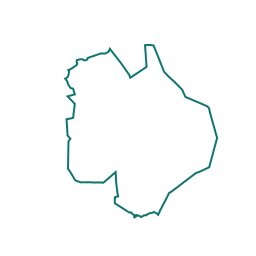 outline of Bella Vista, Chiapas, Mexico, rotated 228°
{"feature_id": "50627088B83427563919964", "entity_name": "Bella Vista", "entity_type": "district", "adm_level": 2, "iso_a3": "MEX", "parent_name": "Mexico", "parent_adm1": "Chiapas", "projection": "albers", "projection_center": [-92.25, 15.623], "detail": "fine", "context": "isolated", "style": "outline", "palette": "teal", "viewbox_px": 256, "rotation_deg": 228, "n_neighbors": 0, "source": "geoboundaries", "source_scale": "gbopen_adm2", "svg_char_len": 3110}
<svg xmlns="http://www.w3.org/2000/svg" viewBox="0 0 256 256"><g transform="rotate(228 128 128)"><path d="M136.4,56.0L135.3,55.9L133.2,55.5L131.3,55.1L129.7,54.9L129.3,54.8L128.7,54.6L126.2,54.1L124.7,53.8L123.4,54.3L122.4,54.8L120.8,55.6L119.8,56.2L119.3,56.4L119.2,56.5L118.1,57.9L115.3,60.9L115.2,60.9L115.1,61.1L114.9,61.4L113.7,62.8L111.5,65.0L109.2,67.4L107.7,69.2L106.0,70.9L105.9,70.9L105.6,71.4L105.3,71.9L103.8,73.1L103.5,89.3L94.9,82.4L87.3,77.0L86.9,76.8L86.1,76.3L83.8,74.9L85.3,71.9L84.1,70.8L81.1,67.9L80.7,67.9L74.9,69.5L66.9,71.7L64.3,72.4L63.1,73.9L62.2,73.8L61.9,73.7L61.0,73.9L59.8,74.0L59.1,74.2L58.7,74.4L58.5,74.8L58.3,75.1L57.7,73.2L57.3,72.1L57.1,73.8L57.1,74.0L56.8,75.2L57.0,76.2L56.9,76.6L55.7,77.3L55.2,77.5L54.5,77.8L53.0,78.2L52.3,81.7L52.0,82.0L51.7,82.3L51.5,82.6L51.0,82.9L50.8,83.3L50.8,83.6L51.0,84.1L50.4,86.6L50.1,87.1L49.5,88.0L49.4,88.1L49.1,88.7L48.5,90.2L48.4,90.2L48.2,91.0L46.2,92.0L44.7,92.2L43.3,92.3L43.5,92.8L43.7,93.1L44.1,94.1L44.4,94.9L44.4,95.0L45.3,96.9L45.5,96.9L45.8,98.4L45.8,98.6L46.2,99.5L46.6,100.4L47.4,102.2L47.4,102.4L47.6,103.0L48.3,105.0L48.9,106.8L49.0,106.9L49.1,107.0L50.5,110.7L51.4,113.1L51.6,113.8L51.8,113.9L52.3,115.4L51.7,116.7L51.7,117.5L51.5,119.1L51.4,120.8L51.2,122.6L51.1,124.3L51.0,124.9L50.9,126.0L50.9,126.7L50.8,127.5L50.7,129.0L50.4,132.7L50.2,134.8L50.1,136.4L49.8,139.5L49.7,140.5L49.6,142.0L49.5,143.3L49.1,148.4L49.1,148.6L48.8,149.1L48.3,150.0L47.2,153.2L46.5,155.4L45.6,158.5L44.5,162.1L45.7,163.9L48.9,168.9L51.9,173.6L54.0,176.7L56.6,180.8L59.6,185.4L61.0,187.6L64.6,189.3L67.4,190.7L69.0,191.5L70.1,192.1L70.9,192.5L73.9,193.9L75.3,194.6L80.9,197.4L81.2,197.6L82.5,198.2L83.2,198.5L84.1,199.0L85.4,199.6L86.1,200.1L86.3,200.2L86.4,200.3L87.7,201.0L88.6,201.5L90.4,201.4L91.6,201.2L92.0,201.0L94.7,199.8L96.2,199.1L98.2,198.2L99.3,197.7L100.1,197.3L100.9,196.9L102.0,196.4L103.9,195.5L106.1,194.5L106.3,194.4L107.8,193.7L109.1,193.1L110.6,192.4L111.1,192.2L112.6,191.5L116.0,192.5L120.2,193.9L131.1,193.4L138.9,192.6L145.6,192.4L161.7,198.4L165.5,199.8L169.1,201.1L172.2,202.2L174.6,200.3L178.2,196.1L161.0,182.7L163.8,163.3L166.8,164.5L180.9,166.2L199.0,167.5L197.9,165.1L197.6,164.5L197.7,164.1L197.9,163.5L198.6,160.8L200.9,158.4L201.5,157.9L201.6,157.5L201.8,157.2L202.0,156.6L202.2,156.1L202.5,155.5L202.7,155.0L203.3,153.7L203.5,153.1L203.7,152.6L203.9,152.1L204.1,151.7L204.3,151.2L204.6,150.6L204.8,150.1L205.0,149.6L205.4,148.7L205.8,147.7L206.1,147.1L206.3,146.4L206.7,145.7L207.0,144.8L206.2,143.6L206.5,142.1L207.4,140.8L209.6,140.1L210.9,138.7L212.7,135.5L211.7,134.1L210.9,133.8L210.1,133.7L209.1,131.9L209.4,129.8L209.8,126.9L210.1,124.7L211.0,122.4L210.2,122.4L209.6,122.0L209.1,121.7L208.5,120.9L208.2,120.5L207.6,119.7L207.0,118.9L206.7,118.1L206.2,117.0L206.5,114.9L206.7,114.4L203.3,114.1L201.1,112.9L198.4,112.3L196.0,112.1L194.0,113.5L188.6,111.0L188.8,110.6L191.9,104.3L181.5,104.6L179.3,102.0L177.4,99.9L175.3,97.4L172.4,94.3L172.4,93.6L175.6,88.2L162.9,78.1L158.6,78.0L157.9,74.8L147.9,65.5L137.8,56.1L137.3,56.1L137.2,56.0L136.4,56.0Z" fill="none" stroke="#0f766e" stroke-width="2"/></g></svg>